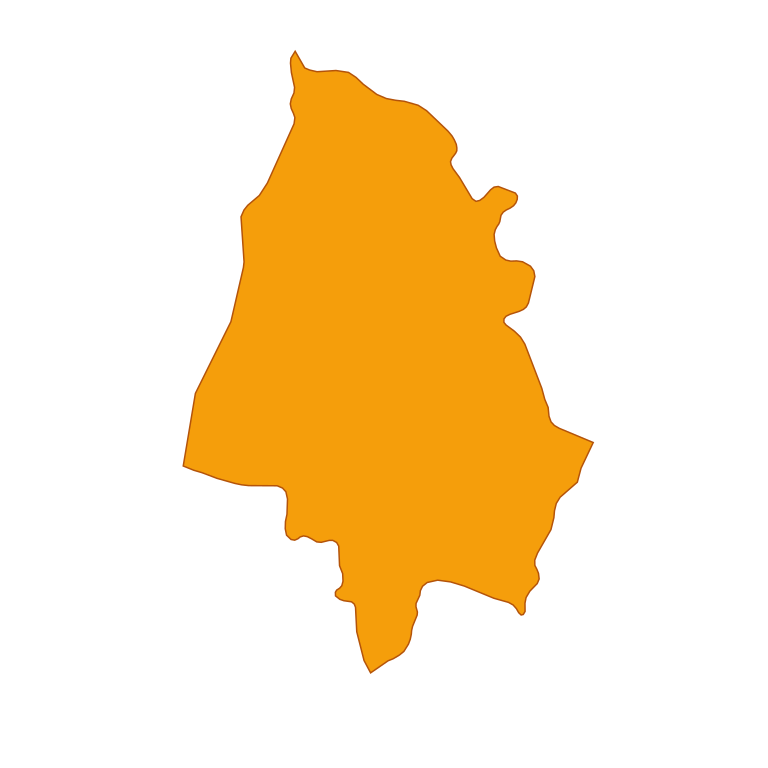 map outline of Sibiu (Albers equal-area conic projection), rotated 116°
{"feature_id": "ROU-303", "entity_name": "Sibiu", "entity_type": "County", "adm_level": 1, "iso_a3": "ROU", "parent_name": "Romania", "parent_adm1": "", "projection": "albers", "projection_center": [24.256, 45.858], "detail": "fine", "context": "isolated", "style": "filled", "palette": "amber", "viewbox_px": 768, "rotation_deg": 116, "n_neighbors": 0, "source": "natural_earth", "source_scale": "10m", "svg_char_len": 2415}
<svg xmlns="http://www.w3.org/2000/svg" viewBox="0 0 768 768"><g transform="rotate(116 384 384)"><path d="M545.7,528.5L475.1,549.4L395.1,548.9L341.0,561.4L335.6,563.3L296.4,585.8L289.0,586.1L283.1,584.8L269.2,578.7L254.5,576.9L189.5,578.9L183.6,580.9L180.3,584.2L177.0,588.2L173.3,591.0L168.5,592.3L161.8,592.5L156.6,594.4L144.6,603.8L136.6,608.7L132.0,610.5L123.9,609.7L134.7,593.8L134.4,588.5L132.7,581.1L123.3,564.6L119.5,552.5L120.7,543.5L123.7,534.0L126.9,517.4L126.4,507.0L123.9,497.9L121.0,489.7L118.5,475.5L119.7,465.5L128.7,437.3L131.3,431.5L133.7,427.9L136.9,424.1L139.9,422.0L142.5,420.8L145.3,420.8L151.3,422.0L155.0,421.7L157.6,419.8L160.2,416.4L165.4,406.5L178.8,386.0L179.5,381.4L177.0,378.4L172.4,376.0L162.6,373.3L158.8,371.4L156.4,367.9L154.8,349.6L156.6,346.5L159.6,345.2L163.4,344.9L167.0,345.7L170.7,347.8L174.0,350.4L177.3,352.2L181.1,352.8L187.3,351.1L190.0,351.0L192.9,351.5L196.6,351.6L201.3,350.6L207.0,347.2L212.4,342.6L218.2,335.6L219.2,328.9L218.0,323.9L215.2,318.7L213.4,313.0L213.9,304.0L216.6,299.0L221.3,295.5L247.9,289.7L252.4,289.9L255.8,291.4L259.4,294.3L266.1,301.3L269.6,304.0L272.9,304.7L276.0,303.3L277.5,300.1L279.4,289.9L282.0,281.9L286.4,274.9L318.7,240.3L327.3,232.8L333.1,226.2L340.6,221.6L344.8,217.3L346.6,212.7L347.0,207.0L344.9,170.3L373.3,170.0L387.5,167.2L408.6,176.1L415.8,176.8L423.2,175.2L429.7,172.7L441.7,170.1L468.6,171.9L476.2,171.3L480.9,168.9L483.6,165.3L486.5,162.1L491.2,159.1L496.2,158.8L506.3,162.1L513.7,162.7L519.2,161.2L526.6,157.5L530.1,157.8L531.5,159.5L530.5,162.7L527.9,166.5L526.0,171.1L525.7,176.4L528.4,191.3L530.4,223.2L532.7,237.4L536.8,249.8L543.5,258.2L548.9,260.7L553.8,260.7L558.2,259.2L567.2,259.0L570.2,257.6L574.3,254.0L577.2,252.9L589.2,252.1L593.5,251.1L596.8,249.8L601.9,248.5L607.1,248.0L615.6,248.9L620.8,251.3L626.9,255.3L631.0,259.0L649.5,269.4L641.3,280.7L618.6,299.9L597.2,311.7L594.8,314.3L594.0,317.7L596.4,325.1L596.9,329.3L595.7,334.7L592.5,336.4L590.0,336.2L587.0,334.4L583.8,333.5L579.2,334.4L572.6,338.0L566.8,344.3L549.6,353.6L547.2,357.1L547.0,361.5L548.5,364.6L553.8,371.0L555.4,375.2L554.9,381.2L554.8,386.0L555.8,389.7L558.2,392.3L560.8,393.5L563.5,395.8L564.5,399.4L562.6,405.3L557.4,409.3L550.8,412.3L543.6,414.1L529.7,420.3L523.9,424.9L522.0,429.6L522.3,435.4L534.6,461.0L537.0,467.7L538.7,474.3L542.0,492.7L543.5,508.8L544.9,517.1L545.7,528.5Z" fill="#f59e0b" stroke="#b45309" stroke-width="1.5"/></g></svg>